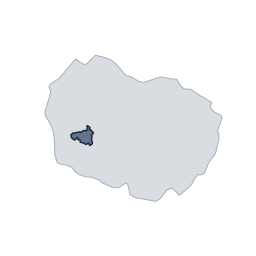 Probištip highlighted on a map of North Macedonia, rotated 216°
{"feature_id": "MKD-2904", "entity_name": "Probištip", "entity_type": "Statistical Region", "adm_level": 1, "iso_a3": "MKD", "parent_name": "North Macedonia", "parent_adm1": "", "projection": "mercator", "projection_center": [22.168, 41.948], "detail": "fine", "context": "in_parent", "style": "filled", "palette": "slate", "viewbox_px": 256, "rotation_deg": 216, "n_neighbors": 0, "source": "natural_earth", "source_scale": "10m", "svg_char_len": 2378}
<svg xmlns="http://www.w3.org/2000/svg" viewBox="0 0 256 256"><g transform="rotate(216 128 128)"><path d="M116.6,68.5L120.5,69.0L128.8,66.6L134.1,63.3L136.7,62.8L140.2,61.6L145.3,61.7L150.5,63.2L157.0,61.3L163.5,58.2L166.1,59.0L168.9,61.6L170.7,62.3L181.4,76.2L187.2,81.9L194.1,86.1L202.0,89.2L204.8,92.2L209.8,107.0L212.2,112.5L215.6,114.2L216.4,115.8L216.5,117.9L212.8,128.3L211.2,151.3L210.3,153.1L206.4,153.0L201.2,153.5L199.2,155.3L197.1,167.7L188.7,171.2L181.1,173.2L174.6,172.7L163.3,169.8L159.7,169.5L156.5,171.2L146.4,172.0L142.0,174.2L131.6,188.6L121.1,193.6L117.5,196.1L109.5,192.9L105.6,192.6L100.1,196.2L87.9,196.6L84.6,197.2L75.2,197.8L74.8,195.8L73.1,192.9L68.7,191.6L59.7,192.7L57.5,190.6L53.9,178.4L51.0,176.4L47.8,172.3L42.3,159.0L42.2,153.2L42.5,148.1L39.5,136.1L41.4,133.0L44.2,131.1L44.2,126.3L43.4,118.9L46.7,104.4L47.6,103.4L48.5,104.1L56.5,105.2L58.6,103.4L60.0,100.5L60.4,89.9L62.3,85.0L81.8,75.7L87.5,75.3L91.9,79.6L95.4,82.4L97.5,82.3L98.3,79.5L100.6,74.2L104.6,71.1L116.5,68.5L116.6,68.5Z" fill="#d9dde1" stroke="#a8b0b8" stroke-width="1"/><path d="M164.6,96.5L164.3,96.3L164.1,96.3L163.6,96.7L163.1,97.7L162.9,98.4L162.8,99.2L162.4,99.9L161.8,100.2L161.3,100.6L160.8,101.2L160.4,101.2L160.1,101.3L159.9,101.8L160.0,102.4L160.9,103.7L162.4,105.7L162.1,106.0L161.5,106.1L160.5,106.1L159.6,106.1L158.9,105.8L158.7,105.1L158.7,104.6L158.5,104.3L158.0,104.1L157.2,104.6L156.9,104.3L156.6,104.1L156.4,104.2L156.2,104.3L155.6,104.2L155.1,103.9L154.6,103.8L154.1,103.8L153.7,104.0L153.7,103.7L153.2,103.2L152.8,102.7L153.2,102.2L153.4,101.6L153.4,101.0L153.4,100.6L153.1,100.4L152.5,100.3L152.1,99.8L151.3,98.4L150.7,97.2L150.0,96.7L148.8,95.8L147.9,94.9L147.7,94.2L147.8,93.2L148.2,92.5L148.5,91.7L148.8,91.5L149.1,91.5L149.5,91.7L150.2,92.1L150.7,92.5L151.0,92.6L151.3,92.5L151.4,92.1L151.6,91.4L151.9,90.7L152.3,90.1L152.7,89.9L153.3,89.9L154.2,89.9L155.1,89.8L155.7,89.4L157.4,88.8L158.2,88.4L158.8,88.9L159.1,89.6L159.5,89.9L160.3,89.9L160.7,89.8L161.1,89.4L161.4,89.2L161.8,89.3L162.1,89.7L162.5,90.3L163.1,90.6L163.4,90.6L163.9,89.9L163.9,88.7L163.9,87.1L164.1,86.9L164.6,86.9L165.4,86.8L166.5,86.8L167.8,86.9L168.6,87.4L169.6,88.3L170.2,89.2L170.1,89.6L169.8,90.5L169.6,91.6L169.3,91.6L168.8,91.9L168.2,92.3L167.8,93.0L167.5,93.7L166.5,94.6L165.6,95.4L165.0,95.9L164.6,96.4L164.6,96.5Z" fill="#64748b" stroke="#1e293b" stroke-width="1.5"/></g></svg>